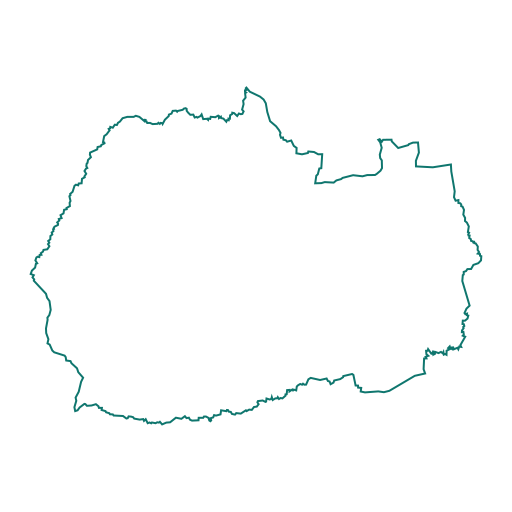 outline of Chulabhorn, Nakhon Si Thammarat, Thailand
{"feature_id": "78962969B60161161731937", "entity_name": "Chulabhorn", "entity_type": "district", "adm_level": 2, "iso_a3": "THA", "parent_name": "Thailand", "parent_adm1": "Nakhon Si Thammarat", "projection": "albers", "projection_center": [99.858, 8.079], "detail": "fine", "context": "isolated", "style": "outline", "palette": "teal", "viewbox_px": 512, "rotation_deg": 0, "n_neighbors": 0, "source": "geoboundaries", "source_scale": "gbopen_adm2", "svg_char_len": 5996}
<svg xmlns="http://www.w3.org/2000/svg" viewBox="0 0 512 512"><path d="M477.8,246.5L475.7,243.4L474.4,243.2L474.2,242.0L473.3,242.4L472.8,241.3L471.1,240.9L470.8,239.1L469.2,238.0L469.6,235.6L468.5,235.5L468.2,234.5L469.1,232.7L467.9,232.1L468.8,226.4L466.9,222.6L465.0,221.0L465.1,217.9L463.3,214.6L464.0,209.9L462.6,206.7L461.2,206.2L461.2,204.4L460.3,203.3L458.4,203.0L458.4,200.1L455.6,200.7L454.0,197.2L454.7,191.3L451.3,171.5L450.9,164.5L432.8,167.3L416.0,166.4L415.9,160.8L418.9,152.6L418.0,142.5L413.0,142.6L408.8,144.2L408.3,145.1L398.2,148.0L391.8,141.4L391.5,139.7L383.1,139.8L381.8,141.7L379.7,139.2L378.3,139.8L380.2,142.3L381.7,147.8L379.8,154.6L380.2,158.1L381.8,160.4L382.0,168.1L380.5,170.7L376.6,174.0L375.0,175.0L367.1,175.1L362.5,176.3L353.1,175.2L342.6,177.9L341.1,179.1L336.4,180.4L333.7,182.6L324.7,182.1L321.4,183.1L315.2,183.3L316.3,175.7L317.8,174.3L319.3,168.5L321.3,168.2L322.2,154.2L318.2,154.3L314.0,152.0L308.3,151.5L307.9,153.0L302.0,154.3L296.4,153.3L296.6,147.9L293.8,145.9L291.2,140.5L287.1,141.7L285.8,140.2L283.4,139.7L283.0,137.5L281.0,137.8L280.0,134.8L280.5,132.9L279.0,130.1L276.1,126.3L270.1,121.2L267.3,112.0L265.8,103.3L263.6,99.5L260.0,96.6L249.8,91.7L246.4,87.6L245.8,88.2L246.5,89.9L245.0,90.3L245.0,91.8L246.1,92.5L245.1,93.3L245.6,97.6L243.1,100.7L243.6,104.1L242.1,109.6L243.6,111.4L242.4,113.9L240.8,114.2L238.9,113.5L237.2,116.0L234.1,113.1L232.3,112.7L232.2,114.0L230.1,115.3L229.9,118.7L228.5,118.6L228.7,120.3L226.9,120.2L226.3,121.7L223.4,118.6L221.2,118.1L220.9,116.7L219.0,118.0L218.9,116.0L218.2,115.6L215.3,117.2L210.7,116.8L210.2,118.9L208.3,118.6L208.1,119.9L206.8,118.8L203.2,119.1L201.6,114.4L200.4,116.1L197.4,117.6L196.6,116.9L194.7,117.5L193.3,114.6L190.3,114.8L188.1,112.6L186.7,110.8L186.6,108.8L185.6,108.2L183.9,108.6L182.7,109.8L177.6,111.0L177.1,111.7L176.0,110.6L172.7,110.9L171.5,113.6L168.9,114.6L168.7,116.1L164.9,119.7L162.6,124.0L162.2,123.1L160.6,122.9L159.8,123.9L158.4,122.8L157.6,123.8L152.6,124.1L150.0,122.9L147.2,123.0L146.5,121.4L145.2,121.5L145.5,119.9L144.5,119.8L144.0,120.8L139.4,116.9L135.8,115.8L133.6,116.9L127.2,116.9L122.6,118.2L119.9,121.6L118.0,122.8L116.9,125.0L114.8,124.7L112.8,127.7L110.3,126.9L110.1,128.2L108.7,128.9L109.6,130.3L106.6,134.3L104.2,136.1L103.0,142.1L104.3,142.5L104.5,143.3L101.3,145.0L100.8,146.3L97.6,147.0L97.2,149.4L90.1,152.6L89.9,154.7L90.9,157.2L88.0,160.0L87.5,162.9L86.7,163.6L86.3,166.1L87.3,168.0L86.0,168.6L84.5,171.0L86.2,173.8L84.4,176.4L84.7,177.3L82.0,178.8L81.6,183.3L78.7,183.5L78.2,185.3L75.9,184.7L74.5,185.8L72.6,191.8L70.1,194.0L70.5,195.1L69.4,196.2L70.5,201.0L69.6,202.8L69.9,206.1L66.5,208.0L66.7,209.2L64.1,209.8L63.5,213.4L60.5,215.2L61.6,218.1L58.8,219.0L59.3,220.5L57.2,222.4L58.1,223.7L57.9,225.0L54.5,226.7L53.7,228.0L54.0,228.9L53.1,229.3L53.4,231.2L51.7,232.5L52.3,234.5L50.4,236.0L50.3,239.3L48.2,241.0L49.3,242.7L48.0,244.1L49.4,246.2L47.3,249.3L43.5,249.9L43.0,251.6L40.8,253.2L41.4,254.8L39.6,255.0L39.3,257.1L37.6,256.7L36.4,257.5L35.4,260.4L37.2,263.3L35.9,263.8L35.1,267.6L31.9,270.6L30.7,274.0L33.8,275.2L32.5,277.4L34.2,279.4L33.8,280.7L46.0,293.8L47.1,297.8L49.5,301.1L50.7,309.9L49.3,315.1L47.4,317.7L47.6,319.8L46.0,328.4L46.2,333.1L48.4,339.2L47.5,343.4L49.7,344.6L52.3,350.5L54.2,352.3L64.6,355.6L65.7,357.1L66.2,360.5L70.5,361.1L71.5,363.3L77.0,368.3L78.3,372.2L83.1,377.7L81.1,381.8L78.7,391.8L75.6,397.6L76.3,400.8L74.4,407.2L75.2,411.1L77.6,410.3L79.6,407.5L84.4,403.9L85.4,404.1L86.9,405.8L91.5,405.5L95.9,404.2L98.5,406.3L98.9,407.9L101.9,407.9L101.6,410.0L105.5,411.1L106.1,412.3L109.3,413.2L109.9,414.3L112.8,414.4L113.6,415.5L123.0,416.0L126.4,418.5L127.7,418.2L128.6,416.4L131.0,416.6L133.1,417.2L134.2,418.6L139.7,419.6L143.2,419.1L144.0,420.9L145.7,419.2L147.7,423.2L149.5,422.5L151.2,423.3L151.9,422.5L155.6,423.2L157.2,422.3L158.9,422.6L159.9,421.8L162.1,424.4L166.3,422.6L170.1,422.3L175.9,417.7L181.4,418.8L184.9,416.2L186.5,418.1L188.9,417.7L190.0,419.7L192.0,420.6L198.5,420.3L198.7,417.8L203.2,417.8L204.0,416.5L205.9,416.5L208.5,417.9L209.3,420.5L210.4,421.2L211.2,420.4L210.7,418.2L213.2,417.4L214.1,415.1L216.0,415.6L220.5,414.4L221.1,410.3L226.4,411.2L226.9,410.0L228.0,410.1L228.9,411.7L230.8,411.9L231.9,413.9L234.4,414.5L235.2,414.5L236.2,413.1L240.8,413.6L245.9,410.3L246.6,411.1L249.2,409.6L251.8,409.9L254.0,407.0L256.8,406.6L258.6,404.2L257.4,402.3L257.9,401.1L262.7,400.5L265.5,401.9L266.1,401.6L266.5,398.5L269.7,399.5L271.4,398.8L271.8,397.2L272.7,400.0L275.3,398.4L277.3,398.3L277.8,397.2L279.0,399.0L280.7,398.0L282.4,398.4L285.5,395.7L285.5,394.4L286.7,394.2L287.1,390.1L289.5,389.9L289.5,391.4L292.3,389.5L293.0,390.4L293.7,389.6L296.2,390.4L296.8,386.5L298.0,385.3L300.2,384.0L302.1,384.7L303.0,383.7L304.3,384.7L306.1,384.6L308.4,379.3L310.7,377.9L320.1,380.0L326.6,378.5L327.9,381.0L329.6,381.5L330.6,384.2L333.5,382.6L334.2,380.5L340.2,379.1L343.1,377.2L343.3,376.1L352.1,374.0L353.4,374.9L355.6,385.5L358.0,385.6L358.1,387.6L361.2,387.9L360.7,391.5L365.0,392.4L378.3,391.4L383.9,392.2L389.4,390.8L414.8,375.8L425.1,373.5L423.6,369.2L424.1,358.5L426.4,358.4L425.6,356.8L428.3,355.8L426.4,354.2L426.1,350.8L427.5,350.8L428.1,349.1L431.3,353.7L432.8,353.9L432.5,352.6L433.1,351.5L434.5,352.7L433.9,354.4L434.9,353.9L435.2,351.9L438.5,353.1L441.0,351.9L442.7,353.3L443.4,352.0L443.8,354.6L445.1,354.0L446.5,354.8L446.6,350.7L449.5,349.3L448.1,348.1L449.7,346.4L450.2,348.0L451.9,349.0L451.9,347.5L453.2,347.4L453.8,349.3L457.4,347.8L458.3,349.3L459.2,346.6L461.2,346.9L460.4,345.1L465.2,336.7L462.8,335.7L463.8,334.6L463.4,331.9L461.9,332.1L462.0,330.4L463.6,328.2L463.2,327.0L464.3,326.0L463.8,324.2L462.5,324.0L462.8,320.6L464.9,320.7L467.5,318.6L468.3,315.6L466.8,315.2L467.0,313.6L465.3,314.1L464.5,313.0L466.5,308.6L469.6,305.6L462.3,281.0L462.8,275.1L463.7,274.5L463.7,271.9L466.0,271.1L467.4,269.1L471.1,269.0L473.4,264.9L478.3,263.2L481.0,260.4L481.3,256.2L480.0,255.7L480.0,254.1L477.8,253.6L479.1,252.1L477.6,249.9L477.8,246.5Z" fill="none" stroke="#0f766e" stroke-width="2"/></svg>